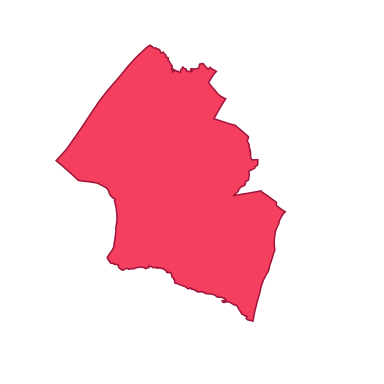 Ham Tan, Bình Thuận, Vietnam (Mercator projection), rotated 311°
{"feature_id": "81297802B21171501026834", "entity_name": "Ham Tan", "entity_type": "district", "adm_level": 2, "iso_a3": "VNM", "parent_name": "Vietnam", "parent_adm1": "Bình Thuận", "projection": "mercator", "projection_center": [107.623, 10.744], "detail": "fine", "context": "isolated", "style": "filled", "palette": "rose", "viewbox_px": 384, "rotation_deg": 311, "n_neighbors": 0, "source": "geoboundaries", "source_scale": "gbopen_adm2", "svg_char_len": 6053}
<svg xmlns="http://www.w3.org/2000/svg" viewBox="0 0 384 384"><g transform="rotate(311 192 192)"><path d="M275.5,64.2L271.8,63.0L263.8,62.2L261.9,61.9L255.5,61.4L252.7,61.4L245.8,61.2L232.1,61.6L211.6,61.7L199.5,62.4L196.6,62.7L194.6,63.1L190.1,63.5L173.0,65.8L161.6,67.2L142.8,69.1L139.4,69.2L126.5,68.9L126.7,76.5L126.6,83.3L126.7,84.8L126.2,98.3L126.3,98.9L132.2,107.7L136.3,114.1L136.8,115.5L137.7,119.2L138.7,123.3L138.9,124.4L138.7,126.6L138.5,127.5L136.5,131.0L136.1,132.1L135.7,134.5L135.7,136.1L136.2,138.8L135.3,139.1L134.7,139.1L134.5,139.3L133.8,140.5L133.4,141.4L132.5,141.8L132.2,142.7L129.5,146.0L125.3,150.5L121.3,154.0L116.2,157.3L114.0,158.8L112.9,160.2L110.0,161.9L106.8,164.1L99.4,168.8L98.0,169.4L96.5,169.7L94.2,170.1L91.7,170.3L87.0,170.9L86.5,171.8L85.8,173.7L85.0,176.9L85.3,178.2L86.3,179.3L86.6,179.8L86.4,180.9L87.5,182.1L88.0,182.8L88.3,184.1L88.2,184.7L87.2,185.7L87.0,186.3L87.1,190.0L87.3,190.7L87.9,191.2L88.5,191.6L90.2,192.1L91.5,192.8L92.0,193.7L92.0,194.7L92.2,195.0L94.7,196.9L95.9,198.6L96.3,198.9L97.7,199.2L99.4,200.5L100.6,201.7L101.8,202.6L102.2,203.1L103.1,205.0L103.6,205.7L103.6,206.9L103.8,207.4L104.5,207.4L104.9,208.0L105.3,208.2L106.4,208.3L106.6,209.1L106.8,209.0L107.1,208.2L107.7,208.1L107.9,208.3L108.2,208.9L108.7,209.6L109.1,210.2L109.1,211.6L109.6,212.6L109.9,212.9L110.5,213.3L110.8,213.6L111.3,214.3L111.2,214.8L111.3,215.0L111.9,215.0L112.1,215.1L112.2,215.7L112.0,216.3L112.1,216.5L112.5,216.8L113.4,217.0L113.7,217.2L113.9,217.5L113.9,218.2L114.2,219.1L114.6,219.6L114.9,220.2L115.5,220.9L115.2,221.3L115.4,222.3L115.3,223.6L115.7,224.4L114.9,225.4L114.8,225.6L115.3,225.9L115.1,226.4L115.2,226.7L116.0,226.8L116.0,227.4L116.4,227.9L116.5,228.3L117.2,228.9L117.2,229.2L116.6,230.3L116.2,230.7L116.2,231.2L115.7,231.3L115.5,231.9L114.7,232.7L114.8,233.2L115.1,233.4L115.2,233.7L114.9,233.9L114.8,234.7L114.2,235.2L114.0,235.5L114.3,236.0L114.2,236.3L113.8,237.0L112.9,237.7L112.2,238.5L112.1,239.1L112.4,239.6L113.1,240.6L113.4,241.4L113.5,242.2L113.7,243.2L114.6,244.7L114.7,245.4L115.0,246.0L115.3,247.1L115.9,248.3L116.3,250.4L116.2,251.0L116.5,252.9L116.6,253.0L117.3,253.0L117.8,253.5L118.5,253.7L118.7,254.1L118.7,254.4L118.3,255.0L118.3,255.3L118.4,255.6L119.0,256.0L119.1,256.5L119.4,256.8L119.3,257.2L119.3,257.4L119.6,257.6L119.7,258.4L120.0,258.7L120.0,259.1L120.4,259.4L120.4,259.7L120.0,260.1L120.0,260.4L120.5,261.0L120.2,261.6L120.7,262.0L120.9,262.7L121.3,262.9L121.5,263.3L121.9,263.5L122.4,263.6L122.6,264.2L123.0,264.5L122.9,265.1L123.6,265.4L123.9,266.3L124.4,266.5L124.5,266.7L124.4,266.9L124.0,267.1L124.1,268.6L124.9,269.2L125.0,270.1L125.4,270.6L125.9,271.5L126.8,271.9L127.3,273.0L128.0,274.1L128.5,275.6L129.3,276.9L129.4,277.3L129.4,277.7L129.2,278.3L129.0,279.1L129.1,279.4L130.1,280.1L130.1,280.3L129.7,280.6L129.7,280.8L130.4,281.3L130.6,281.9L131.2,282.7L131.8,283.0L131.8,283.8L132.4,284.2L132.6,285.4L133.2,285.9L133.1,286.6L133.2,287.2L133.1,287.5L132.7,287.7L132.8,288.5L132.4,288.4L131.6,288.3L131.6,288.1L131.7,287.8L131.7,287.5L130.8,287.2L130.5,286.5L129.7,286.1L129.3,286.5L129.2,287.9L129.3,288.3L129.8,288.8L130.5,289.4L132.0,290.2L133.1,292.0L133.5,292.8L133.8,294.1L134.2,296.5L134.3,297.5L134.8,298.6L135.9,299.4L132.5,310.1L132.9,310.5L133.0,310.9L133.3,311.3L133.2,311.8L133.3,312.4L133.1,313.1L133.5,313.9L133.9,314.1L134.2,314.7L134.1,315.5L132.4,315.7L132.0,315.8L132.1,318.1L133.5,320.4L134.5,322.8L141.0,318.9L144.3,317.1L152.8,312.8L159.2,309.9L165.8,306.3L168.6,305.1L172.5,303.7L177.5,302.4L181.9,301.7L183.3,301.2L187.3,299.0L192.9,296.7L201.0,293.1L201.8,293.0L202.4,292.7L202.9,292.2L205.4,289.5L207.6,287.4L210.7,284.9L214.7,282.2L217.9,280.5L220.0,279.6L225.0,278.3L225.8,277.9L226.5,277.4L227.6,276.9L228.9,276.4L234.1,275.3L236.6,275.3L238.2,275.4L237.5,270.0L237.4,267.0L237.1,264.8L238.5,263.3L239.6,262.6L238.8,252.3L238.4,249.4L237.9,244.2L238.2,243.4L227.6,234.9L218.1,227.0L217.0,225.8L219.5,226.0L222.5,226.5L224.8,225.7L225.5,225.6L228.0,225.7L228.9,226.0L231.1,227.2L231.4,227.3L232.9,227.1L233.5,226.7L234.3,225.9L234.7,225.8L235.2,225.9L238.2,226.8L242.8,223.8L243.6,222.8L244.3,221.7L244.7,221.2L251.2,223.7L252.6,223.0L254.6,223.7L255.2,223.7L256.0,223.4L259.6,220.5L255.7,216.3L255.9,215.0L256.3,214.2L257.4,212.8L260.8,209.7L261.7,208.6L262.4,207.7L262.6,207.3L262.7,206.5L262.9,206.0L264.0,205.4L265.3,203.9L266.9,200.0L267.2,199.8L268.7,199.6L269.8,199.1L270.6,198.5L270.8,198.1L270.8,191.6L270.7,182.2L270.8,181.0L268.9,177.4L266.9,172.9L262.4,162.1L261.6,160.7L262.5,160.4L265.1,159.8L271.3,158.5L275.2,157.7L284.5,156.3L283.9,154.4L283.3,151.9L283.0,149.8L283.0,147.6L283.1,146.3L283.6,144.0L285.2,132.8L293.5,131.3L295.6,131.2L297.8,131.3L299.0,131.3L298.4,127.9L297.8,126.1L298.0,123.9L295.6,123.6L295.4,123.3L295.4,120.9L296.2,116.6L295.9,115.5L295.1,115.3L294.2,114.2L293.9,114.0L293.5,113.9L292.7,114.2L291.9,114.9L291.4,115.2L290.5,115.5L289.6,115.5L288.4,114.7L286.8,114.1L286.6,113.8L286.6,113.0L286.4,112.7L285.9,112.6L285.5,112.3L284.9,110.7L284.5,110.4L284.0,110.4L283.5,110.5L283.2,110.7L283.0,111.0L282.9,111.4L283.2,111.8L283.6,112.0L283.8,112.2L283.8,112.4L283.4,112.7L282.5,112.3L282.1,111.8L280.8,111.0L280.6,110.5L280.7,109.7L280.6,109.3L279.8,108.2L279.8,107.9L280.0,107.5L281.0,106.8L281.0,106.5L280.5,106.0L280.2,105.3L280.2,104.4L280.3,103.4L280.2,103.0L279.8,103.0L278.5,103.5L277.6,103.3L277.0,103.3L275.2,104.4L274.6,104.4L274.3,104.3L273.9,103.6L274.2,102.4L272.9,101.2L273.1,99.9L273.0,99.6L272.7,99.4L272.0,99.2L270.2,99.0L270.1,98.9L270.0,98.4L270.3,98.1L272.6,97.7L272.6,97.4L271.2,96.2L271.3,95.9L271.8,95.6L272.9,95.3L274.0,94.4L274.3,94.0L274.3,93.2L274.7,92.4L274.6,91.3L275.4,90.1L275.7,89.1L275.5,88.0L275.5,87.7L276.9,87.0L277.6,86.2L277.6,85.7L277.4,85.1L276.9,84.3L276.9,84.0L278.1,82.6L278.2,82.3L278.2,80.0L278.7,78.8L278.7,78.5L278.5,78.3L276.8,77.5L276.6,77.2L276.6,76.9L277.6,75.4L277.9,74.8L278.0,73.5L277.8,72.9L277.0,71.5L277.0,70.9L277.1,70.4L277.1,70.1L276.0,69.4L275.7,68.8L275.4,64.6L275.5,64.2Z" fill="#f43f5e" stroke="#9f1239" stroke-width="1.5"/></g></svg>